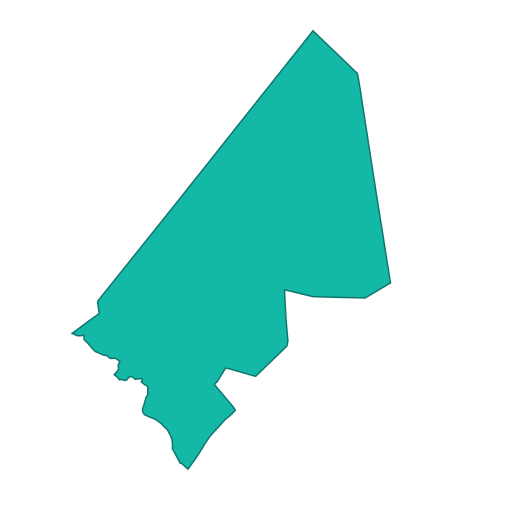 the border of Timbuktu, rotated 44°
{"feature_id": "MLI-2688", "entity_name": "Timbuktu", "entity_type": "Region", "adm_level": 1, "iso_a3": "MLI", "parent_name": "Mali", "parent_adm1": "", "projection": "robinson", "projection_center": [-3.929, 20.026], "detail": "fine", "context": "isolated", "style": "filled", "palette": "teal", "viewbox_px": 512, "rotation_deg": 44, "n_neighbors": 0, "source": "natural_earth", "source_scale": "10m", "svg_char_len": 3293}
<svg xmlns="http://www.w3.org/2000/svg" viewBox="0 0 512 512"><g transform="rotate(44 256 256)"><path d="M202.3,54.3L205.0,56.3L207.7,58.2L210.3,60.1L213.0,62.1L216.9,65.0L219.6,67.1L222.4,69.3L225.2,71.4L228.0,73.5L230.8,75.6L233.5,77.7L236.3,79.8L239.1,82.0L241.9,84.1L244.7,86.2L247.5,88.3L250.3,90.4L253.0,92.5L255.8,94.6L258.6,96.8L261.4,98.9L264.4,101.2L267.5,103.5L270.5,105.8L273.5,108.1L276.6,110.4L279.6,112.7L282.6,115.0L285.7,117.3L288.7,119.6L291.8,121.9L294.8,124.2L297.8,126.5L300.9,128.8L303.9,131.1L307.0,133.4L310.0,135.7L313.0,138.0L316.1,140.3L319.1,142.6L322.2,144.9L325.2,147.1L328.3,149.4L331.3,151.7L334.4,154.0L337.4,156.3L340.4,158.6L343.5,160.9L346.5,163.2L349.6,165.5L352.6,167.8L355.7,170.1L358.8,172.4L361.8,174.7L364.9,177.0L367.9,179.3L371.0,181.6L371.5,182.0L371.3,182.5L363.7,210.3L341.2,231.1L325.3,245.6L299.9,260.5L321.9,281.0L338.0,295.0L340.8,299.4L339.3,342.8L332.7,346.4L314.7,355.9L312.0,357.9L314.3,368.3L315.5,373.7L315.1,375.7L315.6,377.4L318.0,377.6L333.0,379.2L343.5,380.3L345.8,380.7L347.1,380.8L348.3,381.5L348.3,386.1L348.2,389.4L347.4,394.5L347.8,405.8L347.9,411.1L348.1,417.5L349.5,425.7L349.8,427.3L350.5,429.8L352.2,437.9L353.0,441.8L355.1,456.6L347.4,456.8L346.2,457.1L345.5,457.7L329.8,452.7L326.6,449.3L323.7,446.9L319.8,444.8L313.0,442.5L308.4,442.7L304.9,442.4L302.3,442.6L296.7,443.5L290.2,446.2L285.9,447.6L283.0,446.9L280.7,445.0L278.9,441.1L275.1,434.0L274.5,430.9L271.0,427.4L269.1,425.3L267.7,425.1L264.9,425.9L260.9,426.2L260.6,424.3L259.2,423.6L257.8,424.8L254.7,428.7L251.5,428.6L249.3,430.2L248.8,432.0L249.0,435.6L247.8,436.8L245.2,438.1L243.6,440.0L240.5,439.4L236.4,439.9L236.3,435.3L235.6,432.7L232.5,430.1L231.6,426.5L229.0,426.7L226.2,427.1L225.1,427.9L222.5,430.8L217.6,431.4L215.0,433.3L206.6,436.4L200.9,436.1L195.3,435.5L192.2,435.7L190.1,435.3L187.3,432.6L185.1,435.3L182.8,437.5L177.5,439.4L177.4,439.4L177.5,439.2L178.2,435.1L178.8,431.2L179.5,427.2L180.2,423.3L180.8,419.4L181.5,415.6L182.2,411.8L182.8,407.9L183.0,406.7L182.9,406.2L182.6,405.8L181.2,404.7L179.7,403.6L178.3,402.5L176.8,401.3L175.5,400.3L174.1,399.3L173.8,398.6L173.5,398.0L173.3,396.3L173.0,392.7L172.6,389.0L172.3,385.3L172.0,381.7L171.6,378.0L171.3,374.4L170.9,370.7L170.6,367.0L170.2,363.4L169.9,359.7L169.6,356.1L169.2,352.4L168.9,348.7L168.5,345.1L168.2,341.4L167.9,337.7L167.5,334.0L167.2,330.2L166.8,326.5L166.5,322.7L166.1,318.9L165.8,315.2L165.4,311.4L165.1,307.6L164.7,303.9L164.4,300.1L164.0,296.3L163.7,292.6L163.5,290.2L163.2,287.8L163.0,285.5L162.8,283.1L162.3,277.5L161.8,272.4L161.3,267.4L160.8,262.3L160.3,257.2L159.8,252.2L159.3,247.1L158.8,242.0L158.4,236.9L157.9,232.6L157.7,230.2L157.2,225.0L156.7,219.7L156.4,217.3L156.0,212.5L155.5,207.6L155.0,202.7L154.5,197.8L154.0,192.9L153.6,188.0L153.1,183.1L152.6,178.2L152.1,173.3L151.7,168.4L151.2,163.5L150.7,158.6L150.2,153.7L149.8,148.8L149.3,143.9L148.8,139.0L148.3,134.1L148.0,130.3L147.9,129.2L147.4,124.3L146.9,119.4L146.4,114.5L146.0,109.6L145.5,104.7L145.0,99.8L144.8,97.3L144.2,91.8L143.7,86.3L143.5,83.7L143.4,83.5L143.1,80.2L142.8,77.0L142.5,73.8L142.2,70.5L141.8,67.3L141.5,64.1L141.2,60.8L140.9,57.6L140.5,54.4L148.3,54.4L156.0,54.4L163.7,54.4L171.4,54.3L179.2,54.3L186.9,54.3L194.6,54.3L202.3,54.3Z" fill="#14b8a6" stroke="#0f766e" stroke-width="1.5"/></g></svg>